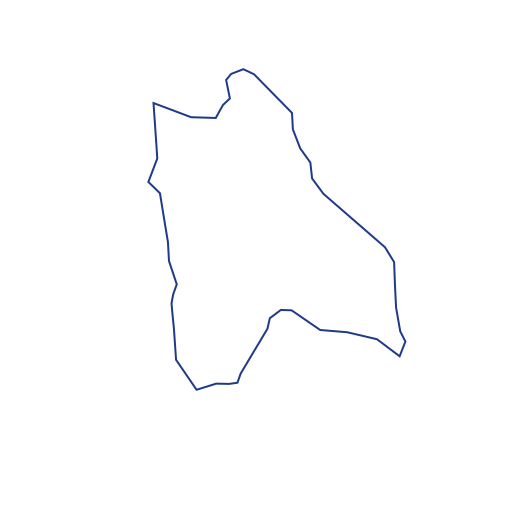 the district of Menoua, Ouest, Cameroon, rotated 128°
{"feature_id": "32672807B11213510980510", "entity_name": "Menoua", "entity_type": "district", "adm_level": 2, "iso_a3": "CMR", "parent_name": "Cameroon", "parent_adm1": "Ouest", "projection": "equal_earth", "projection_center": [10.088, 5.433], "detail": "fine", "context": "isolated", "style": "outline", "palette": "blue", "viewbox_px": 512, "rotation_deg": 128, "n_neighbors": 0, "source": "geoboundaries", "source_scale": "gbopen_adm2", "svg_char_len": 811}
<svg xmlns="http://www.w3.org/2000/svg" viewBox="0 0 512 512"><g transform="rotate(128 256 256)"><path d="M198.6,430.9L233.8,399.3L240.0,393.8L263.9,386.4L265.7,370.3L279.5,355.4L286.6,347.7L299.3,333.9L305.7,328.3L313.5,321.5L327.1,301.0L337.0,297.7L341.0,295.7L345.5,293.3L355.8,283.6L363.4,276.3L387.0,255.1L398.0,220.5L381.1,208.8L373.4,198.5L367.3,192.6L358.1,195.7L306.3,202.2L296.5,206.8L283.2,203.2L276.9,194.5L274.8,159.9L260.0,137.3L247.1,109.4L246.6,81.1L231.4,85.6L226.6,95.9L210.3,114.0L208.4,115.6L194.4,127.7L175.8,143.4L169.7,159.7L165.5,241.1L160.4,259.5L148.9,270.7L144.0,287.4L133.5,304.9L121.1,315.7L116.0,354.4L114.0,369.4L116.6,381.0L127.8,387.7L135.7,387.9L147.9,373.6L157.4,375.0L172.0,372.7L186.6,392.6L197.5,427.5L198.6,430.9Z" fill="none" stroke="#1e3a8a" stroke-width="2"/></g></svg>